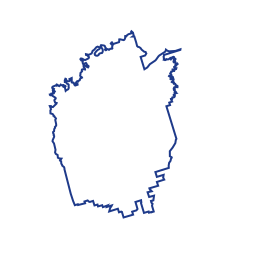 outline of Nillumbik, Victoria, Australia, rotated 155°
{"feature_id": "25037944B37493883083174", "entity_name": "Nillumbik", "entity_type": "district", "adm_level": 2, "iso_a3": "AUS", "parent_name": "Australia", "parent_adm1": "Victoria", "projection": "mercator", "projection_center": [145.196, -37.615], "detail": "fine", "context": "isolated", "style": "outline", "palette": "blue", "viewbox_px": 256, "rotation_deg": 155, "n_neighbors": 0, "source": "geoboundaries", "source_scale": "gbopen_adm2", "svg_char_len": 5894}
<svg xmlns="http://www.w3.org/2000/svg" viewBox="0 0 256 256"><g transform="rotate(155 128 128)"><path d="M84.0,214.2L84.5,213.9L85.1,212.4L87.9,212.8L89.6,212.5L90.9,211.7L91.3,211.9L91.4,212.4L91.7,212.5L92.6,210.7L93.7,209.7L94.2,209.5L94.8,209.5L97.8,211.8L98.5,212.0L99.3,210.3L99.9,209.6L105.1,210.3L105.9,210.1L106.2,210.4L106.3,212.4L106.7,212.5L107.9,211.8L107.1,209.4L108.2,208.1L108.5,206.8L108.9,206.6L110.5,207.3L112.2,206.9L112.9,208.0L113.5,208.3L114.8,207.8L115.5,208.0L115.7,208.7L114.3,210.0L114.5,211.1L114.4,212.2L114.9,212.9L117.4,214.5L117.8,214.3L118.1,213.8L118.1,212.1L117.8,210.5L117.9,209.3L118.7,207.8L119.7,207.0L122.1,207.5L122.9,207.3L124.0,206.5L125.3,206.5L126.4,207.1L127.1,208.2L126.8,209.5L124.9,210.7L122.5,211.6L121.0,211.6L120.1,211.9L119.5,212.7L119.6,213.1L121.2,214.6L122.5,214.6L125.6,213.2L127.4,212.9L128.9,211.4L129.7,210.9L132.6,210.9L134.9,212.7L135.2,212.0L134.3,211.2L133.4,208.8L133.8,208.2L134.4,207.8L138.2,207.7L139.6,209.1L139.9,209.9L141.2,210.9L141.7,210.8L142.1,210.3L141.7,208.8L140.7,208.3L140.6,207.8L141.4,206.7L141.6,205.9L141.6,205.3L140.5,204.8L138.6,204.7L138.4,203.8L138.5,202.5L137.6,200.8L137.8,200.3L138.6,199.8L139.4,200.7L140.9,203.3L141.3,203.6L141.8,203.6L142.4,202.1L142.0,200.4L142.0,199.6L142.2,199.2L144.0,200.3L145.1,200.4L145.6,199.7L145.7,198.8L147.9,197.9L148.6,196.4L149.1,196.0L149.3,194.6L148.4,193.6L148.4,193.1L150.4,193.0L151.6,191.7L152.9,191.7L153.5,191.2L154.2,191.9L155.7,191.3L156.9,190.0L156.4,189.6L155.4,190.1L155.1,189.2L155.4,188.5L157.9,188.8L158.3,189.8L158.1,192.0L158.3,192.3L159.3,192.6L159.7,193.1L157.9,197.1L160.4,197.1L160.5,195.6L160.7,195.4L161.4,195.3L162.7,195.7L163.7,196.7L163.5,198.7L163.9,199.1L165.2,197.9L165.8,196.4L164.8,196.0L164.7,194.2L163.6,192.9L163.5,192.1L164.3,190.9L164.4,190.1L164.9,189.2L165.8,188.4L167.8,188.3L168.8,188.0L168.1,191.2L167.7,191.9L167.0,192.2L167.0,192.6L167.3,192.9L167.8,192.8L168.3,192.3L168.7,192.2L169.2,192.9L168.3,193.7L168.3,194.2L170.6,195.0L170.7,195.7L172.6,195.0L173.7,196.3L174.2,196.4L173.7,197.0L174.3,197.6L175.1,197.1L178.6,197.3L179.5,196.9L179.7,196.0L179.0,195.2L179.6,194.7L178.9,194.4L179.4,193.9L179.0,192.5L179.4,192.5L180.4,193.1L180.6,192.6L180.5,192.2L179.6,192.1L179.5,191.9L180.5,191.8L180.2,191.2L180.5,190.8L180.9,190.7L181.2,191.0L181.8,190.9L183.1,191.6L184.0,191.1L184.7,191.4L184.8,191.1L184.6,190.6L184.0,190.8L183.7,190.5L180.9,186.0L181.1,185.2L182.7,184.6L183.1,184.0L183.3,181.8L182.1,180.8L182.6,180.3L187.2,178.7L188.2,179.4L188.5,180.4L189.6,180.9L189.8,177.6L190.9,176.8L192.1,174.0L190.4,172.5L190.1,171.0L190.4,170.5L189.8,169.9L189.9,169.0L189.5,168.4L189.3,167.0L190.5,166.1L191.5,161.8L192.1,160.5L193.8,159.8L194.0,159.0L195.0,158.5L195.5,157.9L196.4,156.3L197.6,156.0L198.0,155.1L197.9,153.6L198.4,153.1L198.3,152.0L198.7,151.2L201.3,148.9L202.0,147.9L201.6,145.2L202.9,138.9L204.4,136.7L204.4,135.1L203.2,133.3L204.1,130.7L202.9,129.3L201.3,128.4L202.1,127.9L202.4,127.9L202.6,127.5L203.3,127.4L203.3,127.0L202.7,126.0L203.5,123.9L203.3,122.4L203.5,121.7L202.5,119.6L202.6,118.4L203.0,117.6L207.7,92.5L208.6,85.0L208.8,80.5L205.7,80.1L205.8,79.3L198.7,77.9L198.5,79.8L195.2,79.4L194.5,77.7L193.8,77.1L190.5,76.7L191.1,72.0L188.0,71.5L188.3,69.6L184.0,68.9L184.2,66.9L179.6,66.5L180.4,66.1L180.8,65.4L175.4,64.7L176.1,64.1L177.8,63.2L180.3,60.3L171.3,59.1L171.8,55.4L169.5,55.1L169.3,54.5L169.0,54.4L169.8,48.8L160.0,47.3L159.6,50.4L155.2,49.8L153.6,50.6L152.5,57.8L146.7,57.0L147.4,54.9L147.9,54.7L149.4,44.3L144.6,43.6L144.8,42.4L142.4,42.0L142.4,41.7L140.0,41.4L139.1,47.4L137.8,48.9L138.2,49.7L138.3,50.7L137.8,51.2L138.1,51.7L138.0,52.2L135.6,51.7L133.0,55.7L138.0,56.6L137.4,61.5L133.2,60.6L133.6,62.0L134.2,63.0L134.1,64.3L125.1,62.9L124.6,66.9L117.0,65.9L117.1,68.2L115.5,70.5L122.5,71.5L121.8,76.5L107.9,74.6L107.0,76.8L105.4,79.1L103.4,80.2L101.9,82.1L100.9,82.6L100.8,83.0L102.0,84.7L99.9,89.3L95.8,91.4L91.5,94.3L89.6,97.1L88.7,97.7L84.0,131.5L80.2,131.0L79.9,133.6L76.9,133.3L77.0,133.9L76.4,134.9L76.5,135.7L76.9,135.8L76.8,136.2L75.6,135.9L75.2,136.7L74.8,137.0L73.6,136.4L72.8,136.5L71.9,137.3L71.9,137.6L72.7,138.3L72.5,138.8L71.4,138.7L70.5,139.4L69.4,139.2L69.6,139.6L70.7,140.0L70.9,140.3L70.7,140.6L69.5,140.7L69.6,141.1L70.0,141.5L70.0,141.8L69.3,143.1L69.1,143.8L69.6,143.9L69.9,143.5L70.2,143.5L69.9,144.5L68.9,145.3L67.2,144.8L65.9,144.1L65.7,144.4L66.1,145.0L65.6,145.5L66.0,145.8L67.2,145.6L67.2,145.9L66.4,147.1L66.6,148.1L67.8,148.7L67.7,149.4L67.1,149.7L67.1,150.0L68.6,150.7L68.9,151.2L68.6,151.4L67.4,151.4L66.5,152.3L67.1,153.0L66.8,153.5L67.2,153.9L68.5,154.0L68.8,154.5L68.4,154.8L67.4,154.9L66.0,153.9L65.8,155.3L66.1,155.7L67.0,155.6L68.0,156.2L68.9,157.7L68.6,157.9L66.9,156.8L66.6,156.9L66.2,157.6L66.4,159.1L66.8,159.5L66.7,159.7L65.8,159.9L65.1,160.8L64.4,160.5L63.6,160.6L63.3,160.9L63.1,161.9L62.9,162.2L62.1,161.7L62.6,160.8L62.4,160.4L62.0,160.2L61.8,160.4L61.7,161.1L61.0,161.8L60.7,161.3L59.5,161.1L58.9,161.8L60.3,162.5L60.5,163.8L60.4,163.9L59.8,163.7L59.1,164.1L58.7,164.8L57.8,164.2L56.9,165.0L56.0,165.1L56.1,165.8L57.5,166.2L57.4,167.3L58.5,167.8L58.8,168.6L58.7,168.9L57.8,168.6L57.0,168.7L57.0,169.4L57.7,170.4L57.5,170.9L56.3,170.2L55.8,170.4L55.8,170.6L56.4,170.9L56.5,171.4L56.3,172.8L56.7,173.3L57.4,173.4L60.1,172.1L60.2,172.6L59.6,173.1L59.4,173.5L60.0,173.6L62.1,173.1L63.1,173.4L63.9,174.1L65.0,173.7L65.8,173.9L66.7,174.7L65.8,175.3L66.1,176.0L65.8,176.6L65.7,177.5L65.0,178.1L64.5,179.0L47.8,176.7L47.5,176.7L47.2,177.2L52.4,177.8L58.3,180.1L59.7,181.4L60.5,183.0L61.3,182.0L62.3,181.4L68.9,180.5L70.1,180.1L73.8,178.0L74.9,177.6L81.2,176.6L85.0,174.7L88.3,174.3L86.5,187.1L81.8,186.5L79.9,187.8L80.0,188.6L79.9,189.4L81.1,190.3L82.5,193.2L82.9,195.3L83.8,196.7L84.8,197.5L85.0,198.4L85.1,198.5L84.4,202.3L83.6,208.2L85.1,208.9L84.4,209.0L83.7,209.7L83.2,212.3L84.0,214.2Z" fill="none" stroke="#1e3a8a" stroke-width="2"/></g></svg>